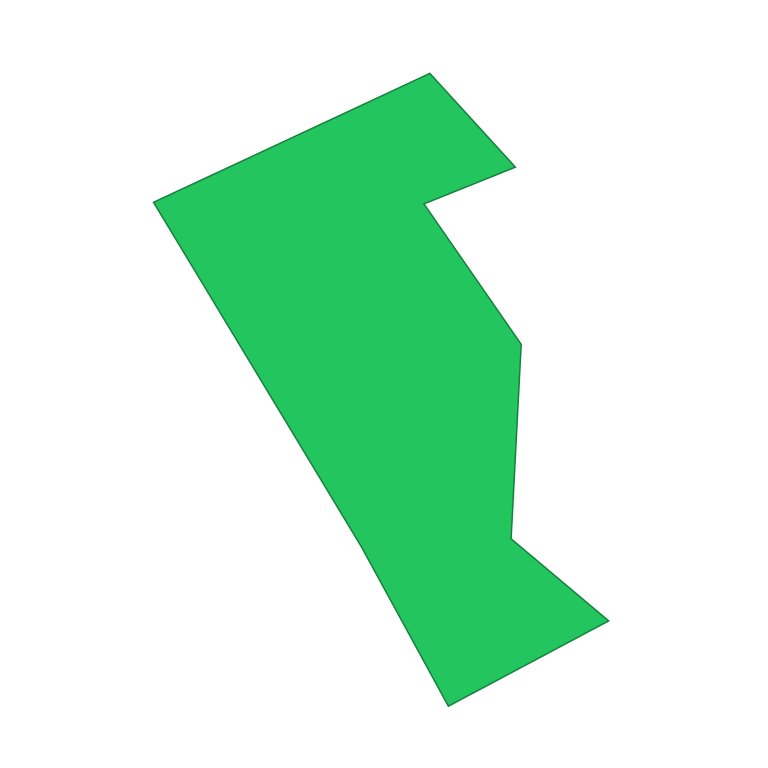 an SVG outline of Smith's, rotated 96°
{"feature_id": "BMU-5142", "entity_name": "Smith's", "entity_type": "state/province", "adm_level": 1, "iso_a3": "BMU", "parent_name": "Bermuda", "parent_adm1": "", "projection": "mercator", "projection_center": [-64.729, 32.316], "detail": "fine", "context": "isolated", "style": "filled", "palette": "green", "viewbox_px": 768, "rotation_deg": 96, "n_neighbors": 0, "source": "natural_earth", "source_scale": "10m", "svg_char_len": 289}
<svg xmlns="http://www.w3.org/2000/svg" viewBox="0 0 768 768"><g transform="rotate(96 384 384)"><path d="M330.2,251.7L524.7,241.4L596.1,135.8L697.7,286.3L548.5,389.3L227.4,632.2L70.3,370.9L154.6,276.0L200.7,363.1L330.2,251.7Z" fill="#22c55e" stroke="#15803d" stroke-width="1.5"/></g></svg>